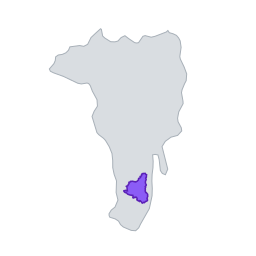 Santa Cruz del Seybo, El Seybo, Dominican Republic (highlighted), rotated 80°
{"feature_id": "3306468B51823501845904", "entity_name": "Santa Cruz del Seybo", "entity_type": "district", "adm_level": 2, "iso_a3": "DOM", "parent_name": "Dominican Republic", "parent_adm1": "El Seybo", "projection": "orthographic", "projection_center": [-69.057, 18.747], "detail": "fine", "context": "in_parent", "style": "filled", "palette": "violet", "viewbox_px": 256, "rotation_deg": 80, "n_neighbors": 0, "source": "geoboundaries", "source_scale": "gbopen_adm2", "svg_char_len": 5614}
<svg xmlns="http://www.w3.org/2000/svg" viewBox="0 0 256 256"><g transform="rotate(80 128 128)"><path d="M38.0,171.1L38.4,161.3L39.9,157.4L38.6,153.2L32.5,148.7L28.7,142.9L25.5,137.8L26.2,137.1L33.0,137.0L35.4,135.2L40.0,130.1L40.9,125.9L40.6,122.8L37.7,119.0L36.6,115.0L40.3,111.6L45.1,106.6L45.8,104.7L45.8,102.8L40.3,97.4L40.0,95.1L42.6,89.4L42.4,85.5L40.1,73.6L38.9,71.8L41.3,70.8L43.0,67.3L45.2,64.2L48.1,62.5L51.3,61.5L57.8,61.7L66.7,64.6L69.2,64.5L77.8,62.1L84.9,60.8L91.5,62.5L94.2,64.6L99.7,68.1L102.5,69.2L111.2,69.2L113.6,69.5L120.9,75.2L127.0,77.5L130.6,77.6L137.0,75.5L140.2,75.6L143.9,80.4L144.5,87.3L147.6,93.6L152.2,97.7L175.4,96.0L180.5,99.3L178.7,102.1L175.5,103.5L164.5,102.8L159.7,103.2L158.7,105.9L158.7,108.4L165.1,109.0L171.4,110.3L177.8,112.3L184.4,113.7L191.8,114.6L199.0,116.1L211.1,121.0L224.6,132.2L228.2,134.8L230.5,138.3L229.4,142.6L224.7,149.8L221.9,152.1L218.0,153.5L215.3,156.4L212.7,161.4L211.1,161.8L209.2,161.6L206.0,158.8L203.6,154.5L197.2,150.4L189.5,150.9L178.1,148.5L171.2,149.7L164.4,149.9L157.4,148.7L150.3,148.2L143.2,149.7L136.4,152.3L133.9,153.9L129.4,158.0L127.1,159.4L110.4,161.4L105.6,158.4L101.2,154.3L94.8,153.6L85.5,156.7L79.7,157.8L77.3,159.1L76.6,160.6L76.5,166.3L75.2,169.7L66.0,182.6L60.7,191.8L58.6,194.6L56.2,195.2L51.8,189.8L48.9,187.9L45.4,186.9L44.0,184.0L44.1,180.0L43.2,176.2L41.1,173.1L38.0,171.1Z" fill="#d9dde1" stroke="#a8b0b8" stroke-width="1"/><path d="M186.8,119.9L186.5,120.1L186.2,120.2L186.1,120.3L185.6,120.3L185.3,120.4L185.2,120.4L184.9,120.3L184.3,120.3L184.1,120.2L183.5,120.0L183.3,119.9L183.0,119.8L182.8,119.7L182.7,119.7L182.3,119.3L182.2,119.1L181.8,119.1L181.2,119.1L180.6,119.3L180.4,119.3L180.2,119.2L180.1,118.9L180.0,118.7L179.9,118.6L179.6,118.4L179.4,118.4L179.1,118.4L178.9,118.4L178.7,118.2L178.4,118.2L178.2,118.1L177.8,118.0L177.5,117.9L177.2,117.8L177.0,118.2L176.7,118.6L176.3,118.7L176.0,118.8L175.8,118.9L175.7,118.9L175.6,119.0L175.6,120.0L175.5,120.3L175.5,120.5L175.4,120.7L175.4,120.8L175.5,120.9L175.7,121.2L175.7,121.3L175.5,121.6L175.4,121.8L175.6,122.1L175.7,122.3L175.9,122.4L176.3,122.8L176.6,122.7L176.8,122.7L177.1,122.8L177.3,122.9L177.4,123.0L177.5,123.1L177.6,123.5L177.7,123.9L177.7,124.2L177.9,124.4L177.9,124.5L178.0,124.5L178.5,124.4L178.6,124.2L178.8,124.2L179.1,124.7L179.3,125.0L179.4,125.3L179.4,126.0L179.5,126.2L179.7,126.4L180.0,126.5L180.6,126.6L180.8,126.7L181.1,126.9L181.1,127.0L181.3,127.3L181.6,127.7L181.8,127.9L182.0,128.2L182.1,128.6L182.2,129.1L182.3,129.3L182.5,129.6L182.5,129.8L182.4,129.9L182.2,130.0L182.3,130.3L182.3,130.5L182.0,130.8L181.9,130.9L181.9,131.0L181.9,131.3L181.8,131.6L181.7,131.8L181.5,132.2L181.3,132.3L181.2,132.5L181.2,133.6L181.1,133.9L181.0,134.1L181.0,134.6L181.3,134.6L181.5,134.8L181.5,135.1L181.5,136.3L181.6,136.5L181.8,136.6L182.9,136.6L183.0,136.6L183.2,136.8L183.2,137.0L183.3,137.1L183.4,137.3L183.7,137.6L183.9,137.7L184.7,138.1L184.8,138.2L184.8,138.3L184.9,138.7L185.0,138.8L185.1,139.0L185.1,139.3L185.0,139.6L185.1,139.8L185.3,139.7L185.5,139.5L185.8,139.4L186.0,139.3L186.8,139.3L187.0,139.3L187.4,139.4L187.6,139.4L188.9,139.5L189.6,139.5L189.8,139.5L189.7,139.8L189.8,140.1L189.7,140.3L189.2,140.5L189.0,140.9L189.1,141.1L189.0,141.4L189.0,141.6L189.1,141.9L189.1,142.0L189.1,142.3L189.0,142.5L189.0,142.8L189.1,143.0L189.6,143.0L189.8,143.0L189.9,142.9L190.2,142.7L190.6,142.4L190.8,142.3L190.8,142.2L191.1,141.8L191.2,141.7L191.3,141.6L191.4,141.4L191.5,141.2L191.5,140.9L191.6,140.7L191.9,140.6L192.2,140.4L192.7,140.1L192.8,140.0L193.1,139.8L193.1,139.7L193.3,139.4L193.6,139.0L193.8,138.7L194.0,138.2L194.3,137.8L194.5,137.5L194.5,137.4L194.5,137.0L194.6,136.8L194.7,136.4L194.8,136.4L194.9,136.2L195.0,136.1L195.0,135.9L195.1,135.7L195.0,135.3L195.0,135.2L195.1,134.9L195.3,134.9L195.6,135.0L195.8,135.0L196.1,134.9L196.3,134.9L196.6,135.0L196.8,135.0L197.1,135.3L197.3,135.3L197.5,135.3L197.8,135.0L197.9,134.8L197.9,134.7L197.8,134.4L197.7,134.4L197.3,134.2L197.2,134.0L197.2,133.9L197.4,133.5L197.5,133.4L197.7,133.2L197.7,132.8L197.6,132.7L197.4,132.5L197.4,132.4L197.5,132.3L197.5,132.1L197.6,131.9L197.8,131.8L197.8,131.6L198.0,131.5L198.4,131.5L198.5,131.5L198.7,131.4L199.2,131.3L199.3,131.3L199.5,131.2L199.7,131.3L199.8,131.4L199.9,131.5L200.0,131.7L200.3,131.7L200.7,131.5L200.8,131.4L201.0,131.1L201.2,130.9L201.3,130.8L201.6,130.4L201.7,130.1L201.8,130.0L201.7,130.0L201.5,129.7L201.5,129.4L201.9,129.0L201.9,128.9L202.0,128.8L201.9,128.7L201.9,128.4L202.0,128.4L202.5,128.2L203.0,127.7L203.5,127.4L204.0,127.4L204.4,126.9L204.5,126.8L204.5,126.7L204.3,126.2L204.2,126.0L204.0,125.7L203.9,125.3L204.2,125.0L204.3,124.9L204.2,124.8L204.1,124.5L203.9,124.2L203.8,123.9L203.5,123.6L203.5,123.3L203.4,123.2L203.2,122.9L203.2,122.7L203.3,122.5L203.3,122.4L203.2,122.2L203.0,121.7L202.9,121.5L202.8,121.4L202.7,121.4L202.0,121.4L201.8,121.3L201.7,121.3L201.5,121.2L201.4,121.2L201.3,121.3L201.2,121.3L201.1,121.5L200.9,121.5L200.6,121.5L200.4,121.4L200.1,121.2L199.3,120.8L199.2,120.7L198.9,120.5L198.8,120.4L198.7,120.4L198.3,120.5L198.2,120.5L197.9,120.5L197.6,120.2L197.4,120.2L197.2,120.2L196.9,120.2L196.6,120.2L195.7,120.7L195.4,120.9L195.3,121.0L195.1,121.0L194.9,121.1L194.7,121.5L194.6,121.8L194.3,121.7L194.1,121.7L193.5,121.9L193.4,122.0L193.2,122.0L193.0,121.9L192.8,121.8L192.7,121.8L192.3,121.9L192.2,121.9L191.9,121.8L191.7,121.7L191.4,121.5L191.1,121.5L190.9,121.5L190.7,121.6L190.4,121.6L190.2,121.5L189.9,121.2L189.7,121.1L189.4,120.9L189.2,120.8L188.8,121.1L188.7,121.2L188.0,120.6L187.9,120.5L187.8,120.2L187.7,120.1L187.4,119.9L186.8,119.9Z" fill="#8b5cf6" stroke="#5b21b6" stroke-width="1.5"/></g></svg>